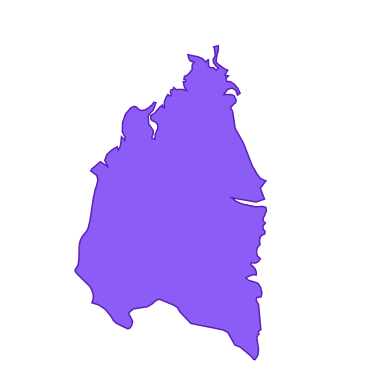 Istarska, Mercator projection, rotated 194°
{"feature_id": "HRV-1592", "entity_name": "Istarska", "entity_type": "County", "adm_level": 1, "iso_a3": "HRV", "parent_name": "Croatia", "parent_adm1": "", "projection": "mercator", "projection_center": [13.894, 45.143], "detail": "fine", "context": "isolated", "style": "filled", "palette": "violet", "viewbox_px": 384, "rotation_deg": 194, "n_neighbors": 0, "source": "natural_earth", "source_scale": "10m", "svg_char_len": 3222}
<svg xmlns="http://www.w3.org/2000/svg" viewBox="0 0 384 384"><g transform="rotate(194 192 192)"><path d="M128.5,65.7L133.3,65.5L161.3,64.2L174.6,72.7L178.4,76.5L182.8,77.9L197.9,80.1L200.9,77.8L203.4,74.0L207.5,69.9L220.7,64.3L224.3,59.3L218.3,52.1L218.3,47.8L219.3,45.0L221.3,43.7L225.7,44.6L233.2,46.2L237.2,48.3L240.9,52.1L248.0,57.3L255.4,59.9L262.1,60.2L262.3,60.3L262.0,63.8L262.3,65.9L263.3,69.1L265.8,73.1L268.4,75.8L283.5,84.6L286.0,86.6L286.6,88.0L285.9,90.4L285.1,92.3L285.0,95.3L285.5,99.4L288.2,111.4L288.7,115.6L288.6,118.6L287.5,122.8L284.9,128.2L284.3,130.4L284.0,132.9L284.1,139.7L286.2,162.0L286.5,171.4L286.1,175.1L286.1,178.6L286.4,181.2L287.6,183.7L288.8,185.2L295.2,187.9L295.4,188.0L295.2,188.6L294.8,190.1L288.2,199.3L279.8,196.0L284.3,201.6L283.7,207.6L280.1,213.2L275.6,217.8L273.8,214.9L272.7,218.2L272.7,221.0L273.8,228.5L272.7,227.8L270.8,226.9L269.8,226.0L269.8,228.5L274.2,233.6L276.1,242.2L275.4,251.4L271.9,258.7L268.7,261.2L266.4,260.9L264.3,259.5L261.2,258.7L257.8,260.0L254.5,263.1L251.9,266.8L250.6,269.9L248.6,269.9L249.4,262.1L251.7,258.5L252.9,255.2L250.6,247.8L244.6,242.4L243.7,239.3L244.2,236.5L243.9,234.6L240.6,234.2L241.7,238.9L240.5,246.0L241.7,249.2L244.6,251.1L247.3,251.4L249.4,252.4L250.6,256.2L247.5,259.2L243.5,267.1L241.8,269.1L240.6,267.1L239.0,267.1L240.1,269.9L240.6,273.2L240.2,276.9L239.0,280.7L236.7,280.0L235.6,280.2L235.6,281.4L237.1,283.4L237.1,286.1L235.6,286.3L235.3,286.7L235.3,287.6L235.0,289.1L232.2,287.5L226.0,289.3L221.5,289.1L223.8,291.0L225.2,292.7L227.2,297.0L225.3,297.0L225.3,299.5L227.2,299.5L227.2,302.5L225.2,303.9L223.9,305.6L221.5,310.6L222.1,313.6L222.5,314.5L222.5,315.5L221.5,318.8L224.5,318.6L226.2,319.4L227.5,321.2L229.2,324.2L219.0,324.7L214.1,323.9L209.9,321.2L209.4,322.9L209.3,323.3L208.0,324.2L206.3,317.8L203.7,317.1L200.9,317.8L198.2,316.1L196.3,318.8L199.3,320.1L202.2,322.5L203.6,325.8L202.3,329.9L204.8,336.4L206.1,338.0L201.9,340.3L200.8,336.5L200.9,330.1L200.2,324.2L198.1,322.6L189.7,319.2L186.7,318.8L187.3,317.4L188.0,314.6L188.6,313.4L187.7,313.2L185.6,313.4L184.7,313.4L186.7,310.6L184.7,307.6L181.7,308.4L177.2,306.9L172.6,303.7L169.2,299.5L171.3,297.0L174.2,301.3L178.3,302.5L182.3,300.2L184.7,294.3L177.1,296.1L174.2,295.4L171.3,291.6L171.3,289.1L172.4,288.0L173.8,285.4L175.1,283.4L171.9,279.7L165.5,264.2L153.8,251.7L139.3,231.2L137.1,229.3L133.5,225.3L128.7,221.6L122.9,220.6L124.2,218.0L125.7,214.0L126.8,212.4L119.9,202.7L127.2,197.8L152.0,196.0L146.5,193.4L140.0,192.5L126.8,193.0L119.8,195.1L116.5,194.9L115.2,191.6L115.8,187.4L116.5,184.0L116.2,181.3L113.3,179.6L114.6,176.9L114.8,174.9L113.7,173.1L111.4,171.2L111.4,168.7L113.7,167.2L114.8,164.7L114.8,161.5L113.3,157.5L115.2,153.6L115.0,149.5L113.1,145.9L109.5,143.8L110.4,141.4L111.9,139.3L114.1,138.1L117.1,138.1L117.1,135.6L114.3,134.2L112.0,132.5L110.4,130.1L109.5,127.1L112.3,126.6L114.8,125.3L119.1,121.7L115.8,120.0L108.2,119.7L105.6,119.2L102.4,116.0L99.8,111.2L99.6,107.0L103.7,105.2L103.7,102.7L100.3,99.2L91.9,75.0L92.5,74.3L93.4,73.4L94.0,72.3L92.7,70.5L92.6,70.2L93.2,69.6L94.0,66.6L89.5,55.9L88.6,49.9L90.2,44.6L91.9,44.6L94.7,46.9L107.5,53.1L113.4,53.9L123.2,64.4L128.5,65.7Z" fill="#8b5cf6" stroke="#5b21b6" stroke-width="1.5"/></g></svg>